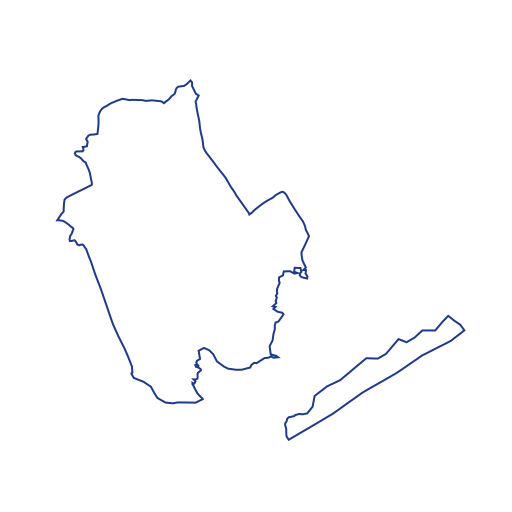 Al Hamul, Kafr ash Shaykh, Egypt (Mercator projection), rotated 166°
{"feature_id": "37247803B81871138986317", "entity_name": "Al Hamul", "entity_type": "district", "adm_level": 2, "iso_a3": "EGY", "parent_name": "Egypt", "parent_adm1": "Kafr ash Shaykh", "projection": "mercator", "projection_center": [31.058, 31.415], "detail": "fine", "context": "isolated", "style": "outline", "palette": "blue", "viewbox_px": 512, "rotation_deg": 166, "n_neighbors": 0, "source": "geoboundaries", "source_scale": "gbopen_adm2", "svg_char_len": 4688}
<svg xmlns="http://www.w3.org/2000/svg" viewBox="0 0 512 512"><g transform="rotate(166 256 256)"><path d="M405.3,172.3L405.3,171.9L404.1,167.3L395.5,161.1L389.6,154.6L387.9,147.9L386.1,142.2L379.3,135.7L372.9,133.4L372.5,133.2L367.8,132.9L362.9,131.7L359.7,130.9L350.1,128.3L342.3,130.0L342.5,130.6L342.8,131.2L344.9,134.6L346.1,137.0L347.8,143.7L347.8,144.3L348.7,147.1L348.4,148.3L347.6,147.4L346.7,147.1L345.1,149.0L345.7,150.3L346.4,151.4L344.1,150.8L343.8,150.9L342.5,151.2L341.9,152.7L341.5,155.0L340.6,156.7L337.2,158.3L337.0,159.5L338.5,161.4L341.0,163.0L341.3,164.8L341.1,164.8L339.7,164.9L339.3,163.6L338.1,162.7L339.4,165.4L339.8,166.9L338.8,168.5L335.2,169.7L334.6,177.9L328.8,179.4L324.3,176.0L321.3,171.1L319.4,163.2L313.8,156.4L310.4,153.5L302.8,150.4L297.2,149.1L288.5,149.2L288.2,149.7L287.0,151.3L283.7,152.8L281.3,151.9L272.5,154.9L268.5,154.3L265.8,154.9L263.7,153.1L259.1,152.4L260.7,154.3L265.5,157.0L264.6,165.2L260.4,170.0L257.9,176.1L255.5,180.3L254.6,184.0L253.1,186.7L250.1,187.0L245.8,190.6L243.4,192.8L244.3,194.6L248.5,196.7L251.9,200.4L249.4,201.9L251.9,203.1L247.6,205.5L247.9,207.3L245.8,210.7L246.4,212.5L244.3,214.6L244.3,216.7L243.4,219.1L239.5,224.3L239.8,226.4L238.8,229.7L234.6,230.6L232.8,234.3L226.7,233.0L223.1,229.7L219.8,229.4L222.8,231.5L221.3,235.2L215.8,233.6L215.8,229.7L217.3,228.5L218.3,226.7L217.0,224.5L211.9,221.8L211.0,223.6L212.2,227.0L211.3,229.1L211.0,230.3L213.4,230.9L210.4,232.7L211.4,237.4L212.0,240.4L211.6,245.3L211.0,248.6L206.2,254.3L199.8,262.4L200.4,265.7L201.3,269.4L201.3,269.9L201.2,272.4L201.5,275.1L202.1,278.2L202.8,279.9L205.0,285.8L207.6,293.4L208.8,297.3L210.0,300.7L210.8,304.0L211.7,307.7L212.9,310.1L214.1,311.6L215.6,312.0L218.3,311.4L222.4,310.2L225.7,308.5L231.4,307.0L234.4,306.1L238.0,304.7L242.8,302.6L246.1,301.1L249.4,299.1L252.4,297.9L252.5,299.3L260.3,319.2L261.5,323.4L263.5,328.6L266.7,339.6L269.9,346.6L272.6,352.6L275.2,359.0L277.2,363.6L279.0,367.6L280.2,370.9L280.7,374.2L280.1,379.1L279.7,383.0L279.7,388.4L279.4,393.9L279.3,394.2L278.4,400.5L278.0,411.1L277.7,415.0L277.3,417.8L277.3,420.5L276.4,421.4L275.2,422.9L274.0,424.1L272.8,425.6L275.1,428.0L276.9,436.5L276.2,439.2L276.2,439.5L276.2,440.4L277.1,442.2L278.9,441.1L281.6,439.6L284.6,438.4L287.9,438.8L290.3,439.1L292.4,438.2L293.6,436.7L294.8,434.3L296.0,432.8L299.6,431.4L300.5,430.5L302.9,429.0L305.6,427.8L306.8,427.5L307.4,426.9L307.7,426.9L308.6,426.6L309.6,428.2L309.8,428.5L311.5,429.4L319.3,432.2L323.7,432.9L325.5,433.2L328.8,434.8L330.9,435.4L332.1,435.7L336.5,437.0L338.9,437.6L340.1,437.7L341.3,438.0L345.2,439.8L345.7,440.1L347.5,440.8L353.2,440.3L359.2,439.4L361.3,438.9L364.6,437.7L367.6,437.1L370.0,436.0L372.1,434.2L373.6,432.4L373.9,431.9L375.1,430.0L375.5,427.9L375.7,427.0L376.6,423.1L377.6,420.0L378.8,416.7L380.3,412.8L384.8,413.2L386.9,413.8L389.6,413.3L392.6,410.6L391.7,407.5L393.6,403.3L397.7,403.7L397.5,402.2L397.8,401.3L397.8,400.4L399.0,399.5L403.1,400.5L404.3,400.8L405.5,400.8L405.8,400.8L407.0,399.3L406.8,398.4L406.5,397.2L403.5,394.7L402.0,392.9L401.2,391.0L400.0,389.2L398.5,387.7L398.5,386.5L397.4,380.1L397.1,376.8L397.5,370.1L397.5,368.3L397.5,367.4L397.9,365.4L398.2,364.7L411.5,361.8L425.4,358.7L428.1,357.0L428.3,356.6L429.6,353.4L431.5,347.3L431.8,345.8L433.0,344.9L434.5,344.0L440.2,338.7L438.7,338.4L434.9,336.8L432.8,334.9L430.5,332.2L428.1,328.8L426.9,327.6L426.6,326.4L427.8,324.6L429.7,321.9L431.2,320.7L432.1,318.9L433.0,317.1L433.0,315.6L432.1,315.3L430.0,315.2L428.2,315.2L427.4,313.7L426.5,310.3L424.7,309.1L423.2,309.4L421.4,309.0L420.6,307.8L420.0,305.7L419.1,303.9L418.3,296.0L417.5,290.8L417.2,286.6L416.4,276.6L414.5,261.4L412.1,233.5L412.0,232.2L411.3,224.4L409.0,211.6L405.9,197.9L404.5,189.4L403.1,178.8L403.7,175.5L404.1,172.8L405.3,172.3ZM84.0,151.4L91.1,146.9L100.1,140.4L112.7,143.5L121.8,138.5L130.8,135.9L137.8,140.9L145.7,135.2L153.5,129.6L162.6,127.0L173.7,130.1L184.5,124.9L191.4,121.5L204.3,115.2L218.6,112.3L233.0,106.0L237.5,96.1L244.4,90.9L248.9,91.1L252.5,92.3L254.9,92.2L255.9,92.2L256.8,92.1L257.6,91.4L258.3,91.4L263.3,91.6L264.4,90.9L265.0,90.6L266.5,87.9L267.1,87.6L268.0,86.7L268.4,85.7L268.7,84.8L268.6,83.8L268.5,83.1L268.5,81.5L268.5,80.8L268.8,79.6L269.4,77.0L269.5,76.7L269.8,74.9L270.0,73.4L268.7,69.8L256.9,73.3L248.6,75.7L242.2,77.6L233.4,80.2L226.2,82.4L221.1,83.9L219.5,84.4L217.5,85.2L214.1,86.5L203.6,90.7L192.8,94.9L185.7,97.7L175.7,100.6L163.8,103.9L158.3,105.5L152.6,107.1L147.7,108.5L143.9,109.9L130.1,115.1L124.6,117.1L118.9,119.3L115.2,120.1L109.6,121.4L100.6,123.5L95.2,124.7L89.7,126.0L87.5,126.5L83.3,128.4L75.9,131.6L71.8,133.5L74.5,140.0L79.2,145.2L83.5,150.8L84.0,151.4Z" fill="none" stroke="#1e3a8a" stroke-width="2"/></g></svg>